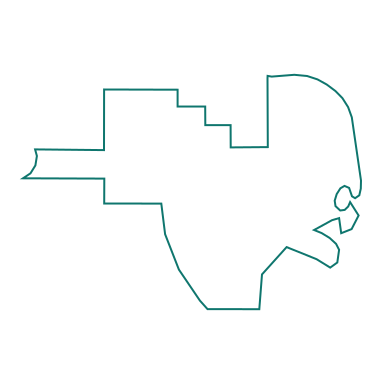 the border of Al Khawr
{"feature_id": "QAT-1105", "entity_name": "Al Khawr", "entity_type": "Municipality", "adm_level": 1, "iso_a3": "QAT", "parent_name": "Qatar", "parent_adm1": "", "projection": "orthographic", "projection_center": [51.407, 25.752], "detail": "fine", "context": "isolated", "style": "outline", "palette": "teal", "viewbox_px": 384, "rotation_deg": 0, "n_neighbors": 0, "source": "natural_earth", "source_scale": "10m", "svg_char_len": 878}
<svg xmlns="http://www.w3.org/2000/svg" viewBox="0 0 384 384"><path d="M267.6,75.9L271.7,76.6L294.3,74.8L307.1,76.0L317.5,79.4L326.7,84.5L335.4,91.0L342.4,98.1L348.1,107.1L351.8,117.3L361.0,180.6L360.8,188.6L359.3,195.3L355.1,198.2L352.0,196.3L349.1,187.9L344.5,185.9L340.4,188.3L336.7,194.1L334.7,200.7L335.5,206.1L340.2,210.5L344.7,209.9L348.2,206.5L350.1,202.1L358.6,215.5L351.6,229.1L341.2,233.2L339.1,218.1L332.0,220.2L314.1,230.0L321.7,233.1L329.7,238.0L336.1,243.9L339.1,249.8L337.3,262.5L330.2,267.6L316.6,259.2L286.6,247.1L262.0,274.4L259.3,309.2L207.5,309.1L199.9,300.6L178.9,269.6L165.1,234.2L161.3,203.6L104.2,203.5L104.3,178.6L23.0,178.3L30.5,173.3L35.4,165.4L36.9,156.0L35.1,149.4L104.0,150.1L104.1,89.5L177.6,89.7L177.6,106.5L205.2,106.5L205.3,125.1L230.6,125.1L230.7,147.4L267.8,147.1L267.5,78.2L267.6,75.9Z" fill="none" stroke="#0f766e" stroke-width="2"/></svg>